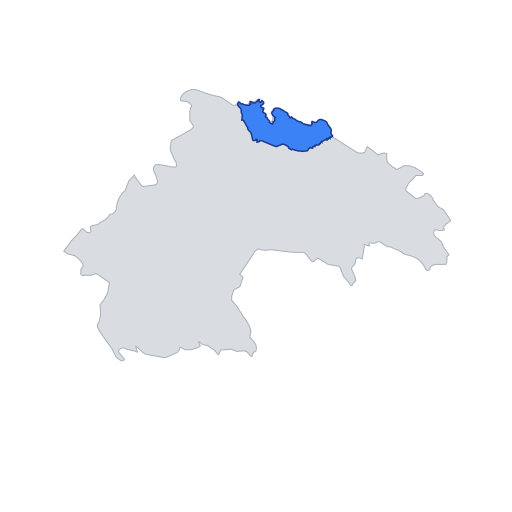 Mandiana, Mandiana, Guinea (highlighted), rotated 304°
{"feature_id": "49546643B67473886511689", "entity_name": "Mandiana", "entity_type": "district", "adm_level": 2, "iso_a3": "GIN", "parent_name": "Guinea", "parent_adm1": "Mandiana", "projection": "equal_earth", "projection_center": [-8.547, 10.818], "detail": "fine", "context": "in_parent", "style": "filled", "palette": "blue", "viewbox_px": 512, "rotation_deg": 304, "n_neighbors": 0, "source": "geoboundaries", "source_scale": "gbopen_adm2", "svg_char_len": 9389}
<svg xmlns="http://www.w3.org/2000/svg" viewBox="0 0 512 512"><g transform="rotate(304 256 256)"><path d="M303.4,342.4L300.0,341.8L298.5,342.7L294.0,349.8L291.2,352.5L287.0,351.7L285.5,352.2L284.4,351.4L286.0,347.5L288.1,339.8L293.7,332.0L293.8,330.4L291.6,325.9L289.2,319.7L289.2,313.1L288.8,308.3L283.9,307.0L283.0,306.1L282.8,304.5L285.6,296.3L285.8,294.6L285.5,293.1L282.5,288.9L277.8,281.1L269.8,265.1L266.8,261.7L263.9,256.8L262.9,253.7L259.9,252.6L231.7,252.8L231.2,257.0L221.5,259.8L215.5,256.5L208.9,258.4L205.7,260.6L203.1,269.9L201.7,271.9L200.3,276.1L199.0,278.4L197.5,283.0L194.3,289.6L191.0,293.8L185.3,296.2L183.5,303.1L182.2,305.7L180.0,307.7L177.7,309.0L173.1,307.6L170.5,308.9L170.1,307.1L171.6,301.7L170.4,298.8L166.0,293.1L165.6,290.4L164.3,286.8L158.5,279.5L153.1,280.0L154.6,273.8L154.6,265.7L152.7,261.2L153.2,256.7L152.2,256.9L150.4,260.1L147.5,259.1L141.6,254.2L138.6,249.5L138.3,245.5L137.6,244.0L135.8,244.8L132.1,244.7L120.8,237.6L112.9,219.7L112.8,215.7L114.0,208.8L113.7,206.9L110.0,211.5L109.3,208.4L106.5,201.2L105.7,197.1L103.0,195.3L100.9,194.9L99.2,196.3L96.9,204.7L95.3,204.6L93.6,202.8L94.0,196.6L98.4,188.8L105.8,169.0L108.4,164.5L110.1,162.9L113.5,162.7L120.3,160.1L128.5,153.9L134.8,154.4L142.3,153.7L152.0,149.4L152.2,136.2L151.9,133.2L148.5,130.6L146.5,128.3L144.8,125.3L142.7,123.3L142.8,121.1L147.1,118.2L151.0,118.3L152.3,117.2L153.3,115.3L154.5,110.5L154.9,105.5L152.4,98.7L152.5,93.9L166.7,94.6L174.5,96.0L180.9,96.3L181.9,97.4L181.0,102.1L181.8,104.8L184.0,105.5L187.6,102.3L189.4,103.0L193.4,107.1L197.1,108.2L201.1,110.4L204.9,111.6L208.3,111.4L210.9,113.7L215.6,114.4L221.7,111.5L226.6,110.2L233.3,109.9L236.8,110.9L247.2,108.6L255.2,109.9L254.0,111.5L250.2,122.0L250.7,123.9L258.9,132.9L260.8,133.6L263.1,132.3L266.6,128.2L269.4,123.7L272.1,121.5L275.3,121.7L277.8,124.8L283.6,138.1L285.0,139.8L286.5,139.7L289.0,137.3L290.3,134.4L295.8,125.6L304.2,121.2L324.1,131.3L327.1,132.0L328.8,131.3L331.3,125.3L338.8,120.3L342.4,118.9L344.5,118.7L345.3,117.1L345.7,114.6L345.3,112.1L342.9,107.6L342.9,106.3L344.2,105.4L347.1,104.8L350.8,105.2L355.0,107.2L358.4,110.0L360.3,113.3L364.0,127.4L368.2,138.4L368.0,153.1L369.9,154.6L372.0,155.3L372.9,156.4L375.0,162.5L376.9,164.3L379.2,164.7L383.5,168.6L386.3,170.1L386.7,171.3L386.6,172.9L385.5,175.0L381.3,179.0L379.3,182.5L375.0,190.9L374.9,192.5L375.8,193.6L377.5,193.8L379.4,193.2L383.3,190.2L386.4,191.3L389.4,193.6L390.5,196.0L390.8,199.2L390.1,203.3L390.0,207.9L391.0,215.7L392.5,223.5L394.1,226.4L403.9,233.3L404.9,235.8L405.4,238.7L404.7,242.7L403.7,244.9L398.3,251.1L397.4,254.0L397.8,259.4L398.3,282.3L400.4,286.2L402.9,288.2L408.9,287.1L408.7,293.5L407.9,300.6L411.4,302.8L413.2,305.0L414.1,307.0L408.6,310.8L407.0,313.0L406.3,319.0L406.5,324.5L413.9,328.4L416.7,333.1L418.0,337.8L418.4,346.9L417.8,349.0L415.9,349.0L412.1,343.5L406.4,342.9L402.2,341.8L395.0,342.6L393.9,344.2L393.0,356.2L394.7,358.3L398.1,360.5L400.3,361.5L402.2,361.2L403.6,362.7L403.9,366.7L402.9,369.6L401.1,372.3L398.7,379.2L399.2,385.6L395.2,395.7L394.1,397.7L388.8,395.7L385.3,395.1L382.8,397.6L379.4,393.7L378.7,390.6L377.5,389.9L375.2,389.9L373.0,391.7L372.1,394.9L371.6,401.4L367.7,407.6L365.0,415.3L361.8,414.6L361.1,415.5L357.8,417.5L354.9,418.1L354.1,416.0L352.4,414.3L350.6,411.1L348.4,408.4L344.4,406.6L342.8,407.4L340.8,407.2L339.6,406.1L339.7,404.6L341.9,400.5L343.1,396.8L343.8,392.8L343.8,389.0L342.6,383.6L340.8,379.3L340.4,376.8L340.6,373.2L340.2,370.0L339.6,368.2L338.7,362.0L337.6,360.8L337.0,355.8L337.2,350.7L335.6,348.8L333.1,347.4L331.7,345.4L330.8,343.1L329.9,342.5L329.1,342.6L328.4,344.0L327.6,344.3L326.2,339.5L325.6,339.3L324.6,340.4L313.1,345.7L311.6,341.2L309.4,340.4L305.6,342.2L303.4,342.4Z" fill="#d9dde1" stroke="#a8b0b8" stroke-width="1"/><path d="M398.3,252.4L398.3,252.1L398.3,251.9L398.5,251.8L398.5,251.6L398.8,251.0L399.6,249.6L399.9,249.2L400.8,248.9L402.3,248.0L403.2,247.1L403.5,246.7L403.8,246.0L404.0,245.1L404.8,243.1L404.9,242.6L405.1,242.0L405.2,241.7L405.9,240.8L406.1,240.5L406.4,239.9L406.5,238.5L406.6,238.1L406.6,237.7L406.5,237.4L406.1,235.4L406.0,234.9L405.7,233.8L405.1,233.0L404.5,232.3L404.0,232.0L402.0,231.5L400.7,231.4L400.2,231.1L399.5,229.7L399.2,229.0L399.2,228.5L399.2,228.1L399.0,227.4L398.6,227.2L398.1,227.4L397.7,227.7L397.2,228.4L397.1,228.5L396.6,228.7L395.9,228.7L395.4,228.6L394.3,228.0L394.1,227.7L393.7,226.2L393.6,225.0L393.5,224.7L393.4,224.7L392.9,224.3L392.7,224.1L392.6,223.6L392.7,222.6L392.5,222.3L392.2,221.9L392.1,221.5L392.0,221.1L392.0,220.8L392.2,219.1L392.2,218.1L392.0,217.5L391.8,217.5L391.7,217.4L391.5,217.2L391.5,215.8L391.3,215.5L391.0,214.6L391.0,213.9L391.2,212.4L391.2,211.5L390.8,210.3L390.7,209.9L391.2,207.8L391.1,207.5L390.4,207.6L389.9,207.5L389.8,207.2L389.7,206.6L389.8,206.4L390.3,205.1L390.7,204.5L390.8,203.6L391.0,203.1L391.6,203.0L391.8,202.7L392.0,202.4L392.1,201.7L391.8,199.2L391.8,198.2L392.0,197.4L391.6,195.5L391.4,194.7L391.6,194.1L391.6,193.3L391.3,192.6L391.2,192.5L390.8,191.5L390.5,191.0L390.3,190.6L390.0,190.2L388.9,189.0L387.9,188.6L387.4,188.5L387.1,189.0L386.8,189.2L386.7,189.3L386.4,189.3L386.1,189.1L385.9,188.9L385.5,188.8L384.6,188.7L383.4,189.0L383.0,189.2L382.9,189.6L382.1,191.1L381.6,193.3L381.6,193.9L381.6,194.1L381.6,194.6L380.6,194.4L379.4,195.3L379.1,195.4L379.0,195.5L378.7,195.8L378.2,196.0L377.9,195.7L377.5,195.6L377.3,195.5L377.0,195.2L376.9,195.1L376.5,195.1L375.1,196.0L374.6,196.0L374.4,195.7L374.3,195.3L374.3,195.0L374.4,194.3L374.2,192.9L374.2,192.6L374.3,192.4L375.2,191.6L375.6,191.0L375.7,190.3L375.7,189.9L375.8,189.3L376.7,188.2L376.9,187.8L376.9,187.5L376.7,186.6L376.7,186.3L376.7,186.2L376.8,185.9L377.0,185.6L377.3,185.5L377.7,185.5L378.4,185.6L378.6,185.6L378.8,185.4L379.1,184.7L379.4,183.8L379.2,183.3L379.1,182.8L379.0,182.0L379.1,181.6L379.1,181.4L379.3,180.9L379.6,180.6L379.9,180.5L380.9,180.6L381.4,180.0L381.7,180.0L382.3,180.2L382.5,180.1L382.8,179.9L382.9,179.6L382.9,179.4L382.6,178.9L382.5,178.3L382.3,177.8L382.3,177.7L382.2,177.5L382.3,177.2L382.5,176.6L382.9,176.1L383.1,175.9L383.7,175.9L384.4,176.4L384.6,176.5L385.6,177.0L386.1,177.0L386.3,176.9L386.9,176.9L387.4,176.7L387.6,176.5L387.8,176.1L387.9,175.9L388.1,174.8L388.2,174.2L388.0,173.8L387.8,173.8L386.5,174.0L385.8,173.6L385.7,173.5L385.7,173.4L385.7,173.1L385.9,172.1L386.1,171.7L386.7,171.4L387.3,171.4L387.7,171.3L387.4,170.8L386.8,170.4L386.2,170.4L386.1,170.6L385.6,170.6L385.3,170.4L385.0,170.3L384.5,170.5L384.1,170.4L383.3,169.9L383.2,169.9L382.6,169.7L382.1,169.4L381.8,168.2L381.5,167.8L381.1,167.5L381.0,167.2L381.4,166.8L381.3,166.4L381.1,165.8L381.1,165.2L380.9,164.8L380.7,164.7L380.3,165.2L379.3,165.8L379.1,166.4L379.1,166.6L378.9,166.8L378.6,166.8L378.0,166.0L377.7,166.0L377.3,166.1L376.9,165.7L376.4,165.0L376.3,164.9L376.2,164.7L376.0,164.2L375.7,163.9L375.4,163.4L375.3,162.7L374.9,162.0L374.7,160.1L374.7,159.9L374.6,159.5L374.0,159.2L373.9,158.9L373.8,158.2L374.2,156.5L374.2,156.0L374.1,155.6L373.8,155.4L373.3,155.3L372.6,155.7L371.9,155.7L370.8,157.1L370.7,157.0L370.5,157.4L370.4,157.8L370.3,158.2L370.1,158.7L370.0,159.2L369.9,159.7L369.9,160.1L369.8,160.5L369.6,160.9L369.5,161.2L369.3,161.6L368.9,162.0L368.6,162.3L368.4,162.4L368.1,162.5L367.7,162.7L367.4,163.0L367.0,163.3L366.8,163.6L366.6,163.8L366.4,164.1L366.0,164.5L365.9,165.0L365.5,165.5L365.1,165.9L364.7,166.2L364.2,166.4L363.6,166.7L363.3,166.9L362.8,167.1L362.2,167.5L361.6,167.8L361.1,168.0L360.7,168.2L361.4,169.4L361.4,169.6L361.4,169.9L361.2,170.4L360.7,171.2L360.2,172.3L359.7,173.4L359.0,174.7L358.2,176.3L357.8,177.1L357.6,177.4L356.8,178.0L356.3,179.0L355.8,180.5L355.8,181.5L355.5,182.3L355.2,182.9L355.1,183.1L355.0,183.3L354.9,183.4L354.5,183.7L354.4,183.9L354.1,184.3L353.8,184.8L353.5,185.1L353.1,185.5L352.7,185.9L352.4,186.2L351.9,186.7L351.7,187.0L351.4,187.2L351.1,187.5L350.9,187.8L350.7,188.1L350.4,188.4L350.3,188.6L350.2,188.9L350.2,189.0L350.3,189.3L350.3,189.5L351.0,190.2L351.8,191.0L352.9,190.9L353.0,191.9L352.0,192.1L351.7,193.0L351.0,193.2L352.2,194.5L353.7,194.8L354.5,195.9L355.1,196.9L355.2,199.0L355.6,200.4L355.9,202.0L356.5,204.9L356.9,207.0L357.2,208.6L357.5,209.6L357.6,210.5L357.9,211.0L358.2,211.9L358.5,212.1L359.7,212.7L360.5,213.4L361.5,214.1L362.3,214.6L363.1,214.8L363.2,215.2L363.8,215.7L364.1,216.6L364.4,217.5L364.5,218.8L364.6,219.8L364.6,220.6L364.6,221.2L364.7,221.8L364.3,222.2L363.7,222.9L363.8,223.1L363.8,223.4L363.8,223.6L363.8,223.8L363.8,224.1L363.8,224.3L363.8,224.6L363.7,224.8L363.8,225.0L363.8,225.6L363.8,225.9L364.0,226.1L364.2,226.3L364.4,226.3L364.7,226.3L364.8,226.3L365.0,226.4L365.3,228.1L365.6,229.2L365.9,230.0L366.3,231.0L366.7,232.2L367.4,233.3L367.9,234.2L368.3,235.2L368.7,235.9L369.2,236.6L370.6,238.2L371.2,238.9L371.9,239.7L372.9,239.9L373.8,239.7L374.6,239.8L375.2,240.2L376.0,240.0L376.4,240.4L376.4,241.3L376.8,242.1L377.0,242.3L377.1,242.6L378.4,242.0L379.0,242.6L379.7,243.6L380.3,243.6L380.7,243.0L381.2,243.8L381.5,244.1L382.1,244.2L382.6,245.2L383.4,246.0L384.0,246.3L384.5,245.8L384.9,245.9L385.3,246.3L386.1,246.2L386.4,246.1L386.9,247.1L387.3,246.5L387.9,246.3L388.6,247.2L389.4,247.6L390.3,247.9L390.9,248.3L391.4,249.3L391.8,249.9L392.3,248.9L392.6,248.7L393.0,248.9L393.0,249.5L392.9,250.2L393.3,250.5L394.2,250.3L394.6,250.4L394.5,250.9L394.7,251.7L395.7,251.0L396.0,250.8L396.3,250.9L396.3,251.6L396.8,252.1L397.5,252.2L398.3,252.4Z" fill="#3b82f6" stroke="#1e3a8a" stroke-width="1.5"/></g></svg>